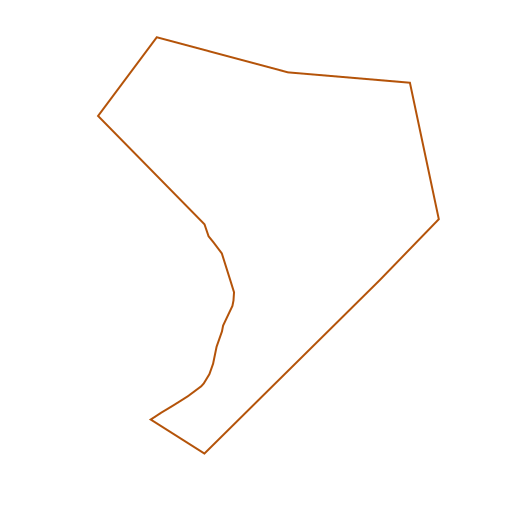 Erdenebulgan, Arhangay, Mongolia, rotated 188°
{"feature_id": "93677404B46470302769704", "entity_name": "Erdenebulgan", "entity_type": "district", "adm_level": 2, "iso_a3": "MNG", "parent_name": "Mongolia", "parent_adm1": "Arhangay", "projection": "albers", "projection_center": [101.475, 47.502], "detail": "fine", "context": "isolated", "style": "outline", "palette": "amber", "viewbox_px": 512, "rotation_deg": 188, "n_neighbors": 0, "source": "geoboundaries", "source_scale": "gbopen_adm2", "svg_char_len": 484}
<svg xmlns="http://www.w3.org/2000/svg" viewBox="0 0 512 512"><g transform="rotate(188 256 256)"><path d="M279.6,53.2L130.2,249.2L80.1,317.9L127.7,449.0L249.9,442.3L384.7,458.8L431.9,372.7L311.4,280.2L305.7,268.9L300.1,263.7L290.2,253.8L277.8,227.8L272.7,217.0L272.1,208.7L272.4,203.3L278.9,182.5L279.2,176.6L282.4,160.7L283.5,143.3L285.7,132.5L290.0,122.5L292.1,119.4L304.0,107.6L316.9,96.7L328.0,87.7L337.5,79.4L279.6,53.2Z" fill="none" stroke="#b45309" stroke-width="2"/></g></svg>